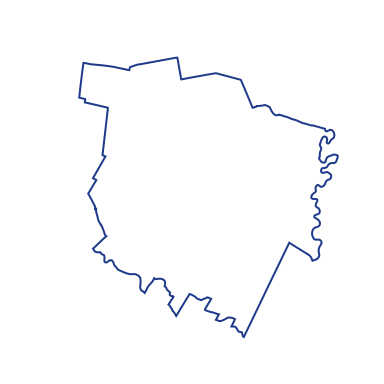 the district of Prejmer, Brasov, Romania, rotated 106°
{"feature_id": "2599482B31242475227113", "entity_name": "Prejmer", "entity_type": "district", "adm_level": 2, "iso_a3": "ROU", "parent_name": "Romania", "parent_adm1": "Brasov", "projection": "equal_earth", "projection_center": [25.776, 45.717], "detail": "fine", "context": "isolated", "style": "outline", "palette": "blue", "viewbox_px": 384, "rotation_deg": 106, "n_neighbors": 0, "source": "geoboundaries", "source_scale": "gbopen_adm2", "svg_char_len": 5802}
<svg xmlns="http://www.w3.org/2000/svg" viewBox="0 0 384 384"><g transform="rotate(106 192 192)"><path d="M206.0,291.0L206.8,287.3L207.2,287.3L213.4,289.0L216.1,289.7L222.2,291.3L226.7,286.8L232.3,281.5L232.7,281.2L233.6,280.9L235.2,280.5L234.6,279.5L236.7,279.0L237.2,278.8L240.2,277.0L242.3,275.7L244.7,274.5L248.2,271.2L248.9,270.4L248.7,270.3L249.9,269.1L253.1,266.6L254.9,265.4L257.0,263.9L258.3,262.5L258.3,262.3L261.1,264.1L273.8,271.5L276.1,268.7L276.1,267.0L276.0,266.0L275.6,264.8L275.1,263.8L275.3,263.3L275.9,262.9L276.3,262.3L276.7,261.2L276.8,260.0L277.1,259.0L279.0,258.0L281.1,257.6L283.0,257.0L283.5,256.0L283.4,254.9L281.7,253.3L280.3,252.2L279.7,250.4L281.0,248.5L283.9,246.4L285.1,244.4L287.1,241.6L287.9,235.8L288.2,232.5L288.1,228.9L287.3,226.4L286.6,223.9L287.0,220.9L288.6,218.1L292.6,216.6L298.2,215.5L300.4,213.9L301.1,211.6L302.1,209.6L294.8,208.1L293.8,207.7L290.1,205.9L288.6,205.3L287.6,205.0L285.3,204.6L285.8,203.1L284.9,201.0L284.3,199.3L284.1,198.5L284.0,197.8L284.0,196.1L284.3,195.5L284.5,194.4L284.7,194.0L284.9,193.8L286.5,192.9L287.1,192.6L288.1,192.4L289.7,192.4L290.1,192.3L290.4,192.0L290.7,191.1L291.1,190.4L291.4,190.2L291.7,190.1L292.1,189.8L292.4,189.4L293.2,188.6L293.3,187.9L293.9,187.0L294.0,186.8L294.1,186.3L294.2,186.0L294.6,185.4L296.6,185.3L296.9,185.0L297.3,184.5L297.6,183.9L297.7,183.0L297.6,182.7L297.5,182.4L297.4,181.7L297.8,180.9L306.7,183.6L307.1,182.5L307.9,181.4L309.2,180.2L309.7,179.4L310.7,178.4L311.4,178.1L311.8,177.7L312.3,176.7L312.6,176.2L314.0,174.5L314.9,173.6L315.5,173.0L309.2,171.3L297.9,168.2L290.7,166.2L290.9,164.0L291.4,161.4L291.9,159.9L293.2,157.5L293.3,155.9L293.1,155.5L293.2,155.0L293.5,154.1L293.4,153.4L291.2,150.7L288.9,147.9L289.5,144.1L301.0,147.2L301.7,147.1L301.9,146.7L302.1,144.6L302.2,140.5L302.0,138.8L302.2,135.5L302.3,134.0L302.1,133.1L302.2,132.4L308.3,133.8L308.4,132.3L308.5,130.0L308.2,129.0L307.8,128.3L306.5,126.6L304.8,124.7L304.0,124.1L302.6,122.5L302.3,121.3L301.9,118.5L302.4,115.6L310.4,117.0L309.7,114.1L309.7,113.0L309.9,112.6L310.8,111.5L313.3,108.9L313.3,106.8L313.2,106.2L313.2,105.2L316.2,103.7L316.6,103.3L317.0,102.6L317.1,102.2L312.3,101.4L289.9,97.5L289.2,97.4L281.7,96.1L267.2,93.7L227.2,86.8L213.9,84.5L215.0,81.1L220.3,62.3L221.1,60.8L221.5,60.2L222.0,59.5L222.4,59.1L224.9,57.3L224.8,57.1L224.3,56.4L223.6,55.6L223.0,54.5L222.0,53.5L221.1,52.8L219.7,52.3L219.0,52.1L218.2,52.1L217.2,52.4L215.4,53.3L213.8,54.0L212.7,54.3L211.8,54.4L211.0,54.4L209.6,54.3L206.3,53.5L205.3,53.4L204.8,53.6L204.2,53.8L203.6,54.3L203.2,54.9L202.9,55.6L202.8,56.2L202.9,57.0L203.0,57.7L203.1,58.2L203.7,59.7L203.7,60.3L203.7,60.9L203.4,61.8L203.1,62.3L201.9,63.3L201.2,64.0L200.3,64.6L199.3,65.0L197.0,65.5L195.7,65.4L195.4,65.5L194.7,65.3L193.5,64.9L193.1,64.6L192.3,63.9L191.5,62.6L190.3,61.1L190.1,60.9L189.4,60.5L189.0,60.3L188.1,60.2L187.0,60.3L186.5,60.4L185.3,61.2L184.6,62.0L184.1,62.8L183.8,63.4L183.3,65.0L182.8,66.9L182.6,67.2L182.3,67.6L181.8,67.8L181.2,67.8L180.6,67.5L180.0,66.9L178.6,64.9L178.0,64.4L177.6,64.0L176.9,63.7L176.3,63.7L175.2,63.9L174.7,64.1L174.1,64.5L173.3,65.2L172.9,65.6L172.6,66.4L172.3,67.9L172.1,68.2L171.5,69.0L171.2,69.3L170.8,69.4L169.9,69.5L168.6,69.5L167.0,69.2L166.2,69.1L165.5,69.2L165.0,69.3L164.7,69.6L164.6,69.8L164.5,70.2L164.7,71.0L164.7,71.7L164.9,72.4L165.3,73.5L165.3,74.3L165.1,75.1L164.8,75.5L164.5,75.8L163.8,76.0L162.6,76.0L161.6,75.7L160.8,75.4L159.6,74.6L158.4,73.6L157.5,73.2L157.1,73.1L156.5,73.3L155.4,73.8L154.8,74.2L154.0,74.3L153.3,74.4L152.3,74.2L152.0,74.1L151.3,73.7L150.9,73.6L150.6,73.3L150.5,73.1L150.5,72.5L150.7,71.7L151.4,70.1L151.5,69.7L151.5,69.4L151.4,69.0L151.2,68.6L150.6,67.9L150.0,67.4L149.5,67.0L148.9,66.7L148.0,66.4L146.3,66.2L145.2,66.2L144.2,65.8L143.7,65.5L142.8,64.6L142.1,63.5L141.3,62.8L140.3,62.4L139.8,62.3L139.2,62.4L138.2,62.7L137.3,63.1L136.7,63.7L136.2,65.3L135.6,66.8L135.6,67.7L136.0,68.5L136.9,70.1L137.4,71.0L137.6,71.9L137.6,72.4L137.4,72.9L137.0,73.4L136.4,73.7L135.5,73.8L134.7,73.9L134.2,73.8L133.6,73.5L133.0,72.9L132.5,71.8L132.2,70.8L131.7,70.0L130.6,69.1L129.5,68.8L128.2,68.4L126.3,67.0L125.3,64.9L125.1,63.7L124.5,62.7L124.0,62.3L122.9,61.8L120.8,61.7L118.7,61.5L117.7,61.6L116.9,62.1L116.6,63.0L116.7,65.1L117.2,66.6L119.2,69.0L119.9,70.1L121.0,71.3L122.6,72.0L124.7,72.0L126.7,72.2L127.3,72.8L127.5,73.4L127.6,74.1L127.5,75.2L127.4,75.9L125.3,78.7L124.1,79.2L121.9,79.0L120.3,79.7L118.2,79.9L115.6,79.6L114.2,79.8L113.4,80.5L112.6,81.4L111.2,82.2L106.5,82.0L103.5,81.4L102.8,80.8L102.0,79.8L102.1,78.9L102.4,77.8L103.3,77.0L104.8,76.4L107.2,76.2L107.9,75.3L107.8,74.3L106.9,73.6L104.8,73.1L103.5,72.7L102.6,72.1L101.3,70.9L100.1,70.6L98.5,70.7L97.5,71.0L95.3,72.4L94.4,73.6L94.0,75.0L94.1,76.3L96.6,79.2L96.4,80.6L94.6,81.5L94.7,94.5L95.0,95.1L95.1,95.5L95.2,96.3L95.1,97.9L95.1,102.0L95.3,104.9L94.4,110.4L94.3,111.1L94.3,112.5L94.2,114.2L94.4,115.2L94.4,115.6L93.8,120.2L93.7,121.6L93.8,124.9L93.8,125.4L93.6,125.7L93.6,125.9L93.6,126.5L93.6,127.0L93.7,127.9L93.7,128.4L93.7,129.0L93.6,129.3L93.5,129.6L94.2,130.2L94.6,130.7L94.8,131.3L95.1,133.2L94.6,134.6L93.9,135.8L93.1,136.8L92.3,137.8L89.7,140.1L89.1,140.5L88.6,142.3L88.3,145.4L88.3,145.9L89.7,148.5L90.1,149.8L90.9,151.3L91.4,153.2L91.5,153.4L91.8,153.7L92.7,154.0L92.8,154.2L92.8,154.9L92.9,155.1L93.6,155.7L94.3,157.0L82.5,166.4L72.3,174.7L70.8,175.9L70.7,176.6L71.2,201.6L71.4,202.2L74.8,209.3L81.0,221.9L86.4,232.7L86.7,233.2L86.7,233.4L66.9,243.1L67.6,245.0L73.8,257.5L77.1,264.1L83.8,277.7L84.6,279.6L88.7,285.5L89.2,286.0L92.2,285.9L93.3,301.5L93.6,304.1L94.7,311.7L96.8,323.0L97.2,325.3L97.3,327.7L97.4,329.3L97.9,331.9L103.7,331.1L120.9,328.4L132.4,326.4L132.1,320.3L135.4,319.7L134.7,306.5L134.2,296.1L136.6,295.6L181.2,288.2L181.7,285.0L199.5,289.4L206.0,291.0Z" fill="none" stroke="#1e3a8a" stroke-width="2"/></g></svg>